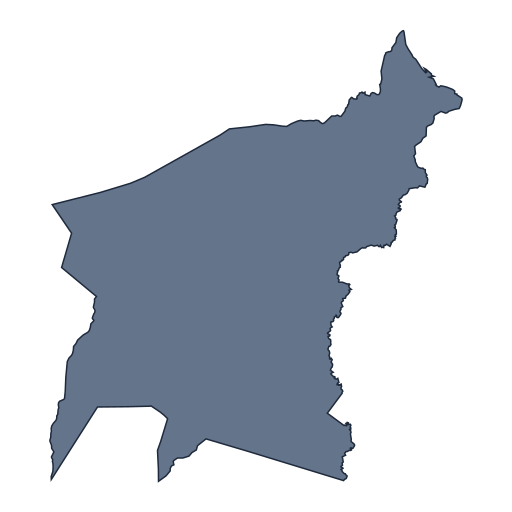 Moung Ruessei, Batdâmbâng, Cambodia
{"feature_id": "14789045B86476324450115", "entity_name": "Moung Ruessei", "entity_type": "district", "adm_level": 2, "iso_a3": "KHM", "parent_name": "Cambodia", "parent_adm1": "Batdâmbâng", "projection": "albers", "projection_center": [103.606, 12.852], "detail": "fine", "context": "isolated", "style": "filled", "palette": "slate", "viewbox_px": 512, "rotation_deg": 0, "n_neighbors": 0, "source": "geoboundaries", "source_scale": "gbopen_adm2", "svg_char_len": 5992}
<svg xmlns="http://www.w3.org/2000/svg" viewBox="0 0 512 512"><path d="M434.5,115.3L441.0,111.4L445.5,113.1L447.0,112.8L449.2,111.1L455.0,109.3L459.2,108.5L460.5,105.7L461.6,101.8L462.1,99.7L461.8,98.1L456.7,94.7L456.9,94.1L454.7,93.6L454.7,91.0L452.6,89.4L446.8,87.1L443.6,86.3L440.7,85.8L439.0,87.1L436.4,85.7L435.7,84.9L436.2,84.5L435.9,83.8L433.4,78.9L429.2,77.2L433.9,76.3L431.4,75.3L431.4,73.9L426.2,69.4L424.4,68.4L426.7,72.1L425.7,72.8L421.7,68.4L415.8,59.3L413.3,57.4L412.6,56.4L412.1,55.0L408.1,48.8L405.8,44.5L404.0,32.0L403.5,30.7L402.3,31.0L399.7,33.3L396.7,37.7L395.9,42.5L392.0,47.7L391.8,49.9L391.4,50.7L390.3,51.6L388.7,51.7L386.2,52.6L385.6,53.1L385.8,53.9L384.7,55.3L381.1,71.1L381.9,78.9L380.7,83.9L379.7,84.4L380.4,88.6L380.4,91.4L379.4,94.0L378.3,94.7L376.7,94.5L374.5,93.0L372.5,92.6L371.1,93.4L369.9,95.9L369.3,95.9L365.1,94.6L365.0,92.2L363.4,93.1L362.6,93.0L362.5,92.3L361.9,92.1L361.0,92.8L359.5,93.0L359.0,94.6L357.2,96.2L356.8,97.6L357.2,98.4L356.7,99.1L353.5,98.8L352.2,97.6L351.4,97.4L349.2,100.0L348.6,104.1L347.8,104.8L347.3,106.8L345.7,108.2L344.9,111.2L341.1,116.3L340.0,116.4L337.4,115.1L335.2,116.0L331.7,116.0L324.7,122.7L323.1,123.5L322.4,123.6L320.5,122.5L318.7,120.7L316.9,120.3L315.1,120.3L314.1,120.8L310.1,120.5L304.1,121.0L300.7,120.3L297.5,121.1L291.1,123.8L286.8,126.4L282.8,126.2L273.4,124.8L265.6,124.4L249.4,126.8L229.4,128.9L219.9,135.2L144.7,177.3L130.4,183.3L100.5,192.4L52.2,204.6L71.6,233.2L61.6,267.5L96.5,296.5L94.5,299.0L94.5,302.2L93.5,306.4L93.4,307.5L94.8,309.8L95.0,311.0L94.6,312.8L93.8,313.9L92.3,318.0L92.6,318.9L93.8,320.1L93.7,320.9L90.9,323.8L90.3,327.5L89.2,330.7L87.8,332.3L83.3,334.9L77.7,340.0L75.9,343.7L73.6,346.4L73.3,350.4L72.5,353.6L71.4,355.5L69.0,358.0L67.3,361.5L65.8,377.4L65.2,391.9L64.5,398.6L63.6,399.5L59.7,401.2L58.6,402.6L58.3,404.6L58.8,407.9L58.2,409.3L57.7,414.4L56.7,416.0L56.8,417.6L56.5,419.0L56.0,420.3L53.3,423.4L51.8,425.9L51.2,428.4L51.4,431.6L50.9,433.2L50.7,437.5L49.9,440.2L50.0,441.4L51.5,445.2L51.7,448.4L53.9,451.9L51.5,456.7L51.6,457.8L52.7,459.5L52.4,461.6L52.9,463.2L53.1,466.6L52.9,471.3L51.2,476.5L51.3,479.5L97.5,407.0L128.2,406.7L150.2,406.2L151.0,405.9L160.1,412.0L164.3,415.4L167.6,418.7L160.6,441.7L157.5,450.4L158.4,469.3L158.5,481.3L166.0,475.9L170.2,470.9L170.2,468.5L171.4,466.0L173.9,464.8L173.2,461.7L173.8,460.5L177.5,458.0L182.9,458.0L189.0,456.1L192.0,452.5L196.3,450.0L197.5,445.7L206.0,438.9L246.2,450.8L343.6,480.6L344.5,479.4L346.2,478.5L347.1,476.3L346.9,475.6L345.6,474.6L345.4,473.8L344.1,473.5L342.1,471.4L342.0,470.4L341.0,469.5L343.0,468.4L342.8,467.9L341.2,467.3L341.0,466.4L342.5,465.3L342.1,463.0L343.0,462.4L343.2,461.7L342.3,456.8L345.6,455.2L344.6,453.4L346.0,451.6L347.3,451.5L349.0,450.5L350.9,450.4L351.5,449.8L351.4,449.1L350.4,448.8L350.3,448.2L351.1,447.8L352.1,448.5L353.0,448.2L354.6,445.6L354.4,444.3L351.0,441.4L351.3,439.4L350.4,433.8L351.0,432.5L350.7,431.1L349.5,429.5L350.0,429.0L350.7,429.3L350.8,427.8L350.1,427.1L350.9,425.2L350.2,424.2L348.9,424.6L348.0,423.9L348.4,423.6L348.5,422.9L347.2,422.4L346.8,423.1L345.9,423.4L347.1,424.9L346.7,425.5L346.2,425.8L344.9,425.0L344.0,425.5L327.3,413.2L342.1,393.3L341.9,392.7L342.8,391.2L342.1,389.8L341.2,389.2L341.0,387.5L341.6,386.7L341.2,384.1L340.2,384.5L340.6,385.1L338.5,385.2L338.5,384.6L338.1,384.4L337.1,384.6L337.2,383.9L337.9,383.7L337.7,383.0L338.9,382.4L337.8,378.3L336.3,379.2L335.0,378.7L334.9,378.0L334.3,377.8L335.0,377.2L334.8,376.7L333.1,376.3L330.9,374.0L331.1,373.3L333.2,372.3L330.4,370.2L331.4,367.6L332.3,366.9L332.3,365.6L332.6,365.2L332.5,364.0L331.1,362.1L332.2,359.7L331.1,358.2L330.2,359.2L329.6,358.8L329.7,356.9L329.0,355.9L329.7,353.0L329.3,351.2L327.9,349.3L328.8,346.4L329.8,346.3L331.0,344.5L330.6,342.7L330.8,341.3L330.5,339.5L329.1,338.9L328.0,336.8L328.3,336.1L329.6,336.1L330.0,335.2L329.8,334.6L327.6,333.6L327.6,332.9L330.4,330.9L330.6,330.4L330.1,328.6L330.6,327.8L332.2,326.9L331.1,325.4L330.7,322.4L331.2,321.7L331.9,321.9L333.1,321.5L333.7,320.5L333.4,319.5L334.2,318.4L334.3,317.0L335.8,316.3L336.1,315.2L336.6,315.6L336.5,316.9L337.2,317.6L338.5,317.5L340.7,314.3L341.0,313.2L340.1,312.2L339.9,311.4L341.0,309.2L341.0,307.7L342.8,306.6L341.3,303.1L341.5,302.1L343.3,300.7L342.7,298.6L345.4,298.2L346.1,295.9L348.0,294.3L349.9,291.7L348.9,290.2L351.3,289.4L349.6,288.1L349.1,287.0L348.7,285.4L349.8,284.7L349.4,284.0L346.9,283.9L342.4,282.2L338.8,282.2L338.5,281.8L339.1,280.0L338.0,278.4L338.9,276.0L338.6,275.5L337.1,274.8L337.1,273.7L337.8,271.5L337.4,271.0L338.5,270.1L339.3,267.8L340.3,267.2L340.1,265.8L340.4,265.2L339.8,264.1L339.6,262.3L340.9,261.7L341.7,260.3L342.4,260.6L343.6,259.3L343.5,257.6L345.2,256.8L345.7,255.7L347.8,255.3L348.7,254.5L348.9,252.6L351.5,252.3L352.5,252.9L357.0,251.9L360.8,248.6L362.6,247.7L363.3,248.0L365.7,247.9L366.5,246.7L371.2,245.1L374.1,246.1L377.5,245.3L378.9,246.6L379.6,246.6L380.4,245.4L381.6,247.5L382.1,247.2L383.7,247.6L384.0,245.3L385.5,245.3L386.5,244.2L390.0,246.4L391.3,243.6L391.1,242.5L392.5,241.9L393.1,240.5L395.0,239.9L395.0,238.6L395.5,238.2L394.8,236.3L395.9,236.2L395.3,234.7L396.4,234.1L396.3,231.2L396.2,229.9L394.4,227.7L395.3,227.2L395.3,226.2L394.7,225.1L395.7,224.3L397.1,219.9L397.0,219.5L395.6,218.7L395.7,217.5L394.6,215.9L395.9,215.1L396.1,213.6L396.9,212.1L400.3,210.6L399.9,209.3L401.0,209.1L400.7,208.6L398.6,208.6L398.2,208.1L400.1,206.5L400.1,205.7L398.3,204.6L398.5,204.2L399.9,202.5L401.2,202.2L401.4,201.7L399.3,200.1L399.2,199.2L401.4,197.8L403.3,195.1L405.1,194.7L407.1,193.3L408.9,190.1L409.1,188.7L415.3,187.7L417.5,187.9L419.5,185.9L424.9,187.2L426.2,184.1L427.2,183.4L427.7,179.5L427.3,177.7L426.4,176.9L426.2,176.0L427.0,175.1L425.3,172.6L425.3,169.7L423.7,169.1L422.9,168.1L421.1,168.3L418.4,167.3L417.5,166.5L415.3,161.7L415.2,159.7L413.8,156.0L415.5,153.7L414.6,146.5L416.0,145.1L421.0,141.7L422.8,138.3L426.1,135.9L426.4,127.6L427.4,126.1L431.2,124.5L432.9,123.0L434.2,118.5L433.9,116.6L434.5,115.3Z" fill="#64748b" stroke="#1e293b" stroke-width="1.5"/></svg>